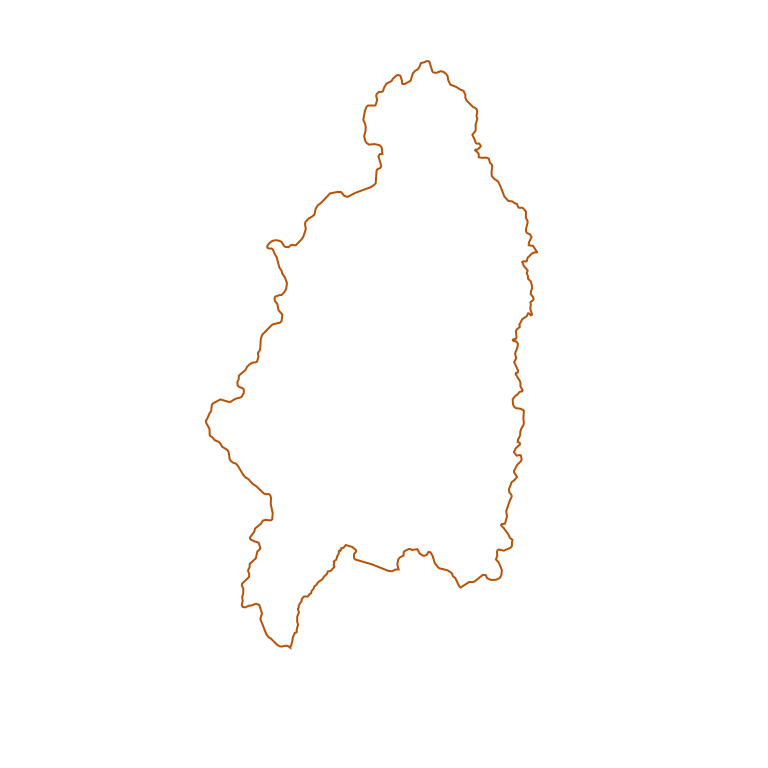 Churcampa, Huancavelica, Peru (Albers equal-area conic projection), rotated 228°
{"feature_id": "86281439B50085873664209", "entity_name": "Churcampa", "entity_type": "district", "adm_level": 2, "iso_a3": "PER", "parent_name": "Peru", "parent_adm1": "Huancavelica", "projection": "albers", "projection_center": [-74.502, -12.598], "detail": "fine", "context": "isolated", "style": "outline", "palette": "amber", "viewbox_px": 768, "rotation_deg": 228, "n_neighbors": 0, "source": "geoboundaries", "source_scale": "gbopen_adm2", "svg_char_len": 6166}
<svg xmlns="http://www.w3.org/2000/svg" viewBox="0 0 768 768"><g transform="rotate(228 384 384)"><path d="M562.1,633.6L567.0,635.1L570.1,637.2L572.9,637.6L576.0,637.1L578.5,635.5L580.3,631.0L582.6,629.1L583.9,629.1L593.0,633.3L594.1,633.1L595.5,631.6L596.2,629.0L597.8,626.2L595.9,622.4L595.3,619.6L595.9,616.4L595.5,613.2L591.6,606.7L592.9,600.7L594.0,598.9L595.1,598.5L597.5,600.3L602.1,602.4L604.3,601.2L605.0,599.4L604.9,594.7L604.1,592.3L605.6,586.8L604.2,582.4L602.3,579.2L602.6,578.0L604.5,575.4L604.4,572.6L603.3,570.9L599.8,569.2L596.9,564.4L597.1,563.5L601.6,558.5L601.8,556.8L600.0,552.9L594.2,545.4L589.8,543.9L587.1,542.3L584.1,539.2L581.5,535.1L577.1,532.7L574.5,532.4L571.8,533.1L568.6,537.6L564.3,540.5L562.3,540.7L560.4,540.0L556.0,536.6L557.6,534.8L557.0,532.3L547.8,527.8L547.1,525.6L548.0,522.8L547.6,521.3L538.8,512.2L538.5,510.0L539.1,506.0L545.3,490.5L547.4,482.2L550.2,480.4L555.5,480.5L558.0,477.7L561.7,471.5L560.7,457.8L561.1,454.5L560.2,450.9L556.5,445.6L556.5,443.0L557.4,438.6L556.9,433.9L555.8,432.4L551.4,429.5L547.4,422.6L546.7,419.6L546.1,411.1L548.8,408.9L549.5,407.6L549.6,404.5L552.1,402.3L553.5,402.1L558.4,402.9L560.5,402.0L563.2,399.9L565.0,396.9L565.4,393.7L565.0,390.5L564.2,389.0L562.9,388.6L561.3,389.5L559.8,391.2L558.1,391.4L554.2,389.9L549.6,388.9L540.9,384.3L536.5,383.6L534.0,382.2L529.7,381.7L524.0,379.5L520.2,375.0L519.0,371.8L518.7,367.3L520.0,365.8L521.7,361.8L520.8,359.8L518.7,358.5L515.0,358.3L509.3,355.0L503.6,354.9L499.4,350.1L499.1,347.9L502.6,341.6L502.9,339.4L502.1,326.6L500.0,322.7L492.4,315.0L491.3,310.9L488.2,308.9L485.7,304.9L485.9,303.3L487.7,300.8L488.6,297.5L488.4,293.5L487.0,290.3L487.4,283.5L487.1,281.5L484.8,279.2L483.4,276.1L481.1,274.4L479.4,274.2L475.2,276.2L474.1,276.2L473.0,275.6L471.2,273.7L469.8,269.8L469.9,268.6L472.5,263.6L473.4,258.2L474.3,256.8L482.0,252.1L484.1,243.8L483.6,242.0L479.5,237.4L479.0,234.7L476.6,229.7L476.0,227.2L473.9,225.8L467.4,224.3L462.3,220.0L458.7,220.8L455.7,220.6L451.4,222.5L448.8,222.5L445.8,221.7L439.8,223.5L437.4,223.0L431.3,219.0L429.4,218.6L426.5,219.2L424.0,220.6L421.9,220.8L410.7,218.6L407.3,218.5L404.2,219.6L398.0,219.5L393.3,220.7L383.1,221.4L381.2,222.4L379.2,224.8L377.5,224.9L375.0,223.9L370.6,219.5L362.4,214.8L358.2,210.3L358.4,208.5L362.2,205.2L363.5,202.6L362.5,198.9L362.9,191.3L361.1,189.0L359.7,181.9L358.8,181.0L357.6,180.9L353.4,182.6L350.0,184.7L344.8,182.3L344.2,180.8L344.3,177.9L340.2,172.0L340.2,164.0L337.7,161.3L336.6,158.5L335.4,157.6L332.7,156.6L330.9,154.5L330.6,145.0L329.6,143.6L326.1,142.5L322.7,139.4L320.6,136.1L317.5,134.0L315.0,130.5L312.9,129.8L311.0,131.2L309.4,135.7L308.2,137.1L306.4,141.7L303.3,143.5L295.1,139.8L292.3,135.2L291.3,134.5L276.6,129.1L273.0,128.8L270.5,129.6L261.7,130.1L258.8,131.0L257.5,132.1L254.9,136.3L253.5,137.3L250.6,137.9L251.3,138.5L252.0,140.3L254.6,144.3L256.4,146.3L257.7,148.8L258.7,151.1L258.0,152.7L258.2,153.5L259.4,154.1L262.8,159.2L265.7,160.6L269.2,163.9L271.3,168.0L274.4,169.4L274.8,171.0L276.0,171.8L277.2,174.4L277.6,177.1L279.4,179.3L279.6,182.4L277.2,184.9L277.0,186.0L277.6,187.8L277.3,189.8L278.7,191.9L279.0,194.6L280.2,196.8L279.9,199.1L280.8,202.3L280.1,207.6L281.0,210.4L281.0,214.5L282.3,216.8L280.8,219.4L281.3,224.5L281.6,225.1L282.9,225.2L284.3,227.3L285.7,227.9L285.4,231.1L287.3,234.0L288.1,236.7L290.0,238.6L290.1,239.5L289.3,239.9L289.4,241.2L290.6,242.3L289.4,244.5L289.9,247.8L284.1,251.4L279.1,252.0L278.2,251.2L277.6,247.8L274.5,245.2L273.0,245.1L257.6,254.6L241.8,262.4L239.4,264.8L238.4,268.4L236.4,270.8L240.8,273.0L244.1,277.2L244.5,279.5L243.5,283.9L245.7,285.9L246.1,287.2L244.8,292.0L243.4,293.3L242.0,293.7L238.9,298.3L234.5,297.1L230.9,297.9L229.6,298.7L228.6,300.9L228.6,302.4L229.5,304.5L227.9,305.9L223.7,305.1L217.2,302.0L212.1,301.5L210.2,301.7L203.2,306.5L198.6,307.7L197.2,307.6L195.2,306.6L192.0,307.1L184.7,304.9L182.5,304.5L181.5,304.8L179.9,314.8L177.6,317.2L176.7,318.8L176.0,329.8L174.0,331.7L170.6,330.7L166.8,332.4L163.5,336.3L162.4,340.2L163.4,343.2L166.8,347.1L174.5,349.8L178.7,349.8L180.7,353.4L183.7,355.6L184.4,356.9L184.2,358.6L180.0,361.5L177.6,368.5L178.1,370.8L180.6,373.0L182.2,375.2L185.3,374.6L189.1,375.8L197.1,376.6L200.3,376.4L201.1,377.0L201.1,377.8L199.4,380.1L199.7,381.2L203.2,386.7L207.8,389.8L213.0,399.2L214.9,403.6L216.1,404.4L219.9,404.8L222.2,406.4L225.7,413.4L225.3,415.6L225.8,420.6L231.4,421.6L232.5,422.6L234.8,429.1L235.0,433.7L235.7,435.7L239.2,437.9L240.4,437.2L242.0,434.6L246.4,434.9L248.1,438.9L248.0,444.4L249.6,445.6L251.4,444.6L253.0,446.4L254.7,450.8L257.3,453.3L259.2,456.7L260.0,459.8L261.6,462.1L264.7,464.1L270.6,470.1L273.9,469.2L277.9,465.8L280.5,465.5L282.8,466.4L286.6,469.5L287.3,474.1L286.9,475.9L287.4,479.5L286.2,481.6L286.6,482.8L290.9,483.8L293.5,486.2L295.5,487.0L303.3,488.4L303.9,489.3L303.0,491.0L304.3,492.6L313.2,495.4L314.7,499.5L318.9,501.8L322.6,508.7L324.6,510.5L327.1,510.8L329.2,509.0L330.5,509.2L330.7,510.2L329.5,511.5L329.5,512.8L330.2,513.9L335.2,517.5L335.7,519.1L335.5,523.1L337.5,524.3L339.7,530.3L338.9,535.4L340.1,538.4L339.6,538.9L336.9,539.1L336.4,539.8L336.9,540.7L341.9,542.9L344.7,546.1L346.8,547.6L346.5,551.1L347.1,552.0L349.0,553.0L352.4,553.1L354.7,555.4L356.1,558.3L359.1,560.3L362.0,561.7L365.8,561.5L368.3,563.4L370.7,564.1L372.3,566.8L378.3,566.9L382.2,568.4L382.1,569.4L379.7,572.0L381.7,575.2L382.0,581.2L381.2,583.8L379.6,585.4L379.6,586.0L387.0,587.2L389.6,584.8L390.5,584.5L392.3,586.7L394.6,592.1L397.5,592.6L400.7,591.3L402.5,591.8L404.2,593.3L407.9,598.8L409.4,599.9L412.6,600.6L417.1,604.9L422.2,604.9L424.7,602.2L426.3,602.2L428.8,603.3L430.5,602.3L433.8,601.5L436.9,598.9L442.8,598.9L452.1,602.5L458.2,604.3L462.8,603.2L466.6,603.3L469.6,605.8L473.3,610.1L475.2,611.0L477.4,610.7L481.3,612.7L483.8,611.5L486.7,608.0L489.1,606.1L491.6,608.3L493.3,608.5L496.6,608.1L496.9,609.0L495.9,609.8L495.6,610.8L495.7,614.3L496.3,615.3L498.8,615.7L500.7,613.7L502.0,613.5L504.6,614.8L510.1,616.4L511.0,621.7L515.6,625.8L518.7,630.9L521.4,632.1L523.6,635.3L526.0,636.6L528.1,636.5L530.5,635.5L539.7,635.0L542.4,636.1L544.3,637.9L548.7,639.2L552.5,637.4L556.1,636.6L562.1,633.6Z" fill="none" stroke="#b45309" stroke-width="2"/></g></svg>